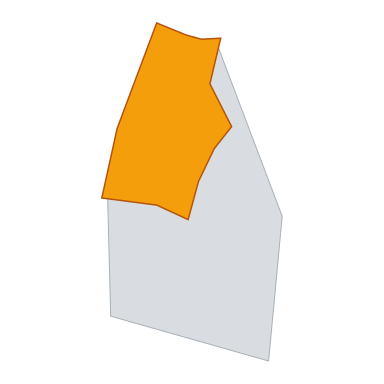 Montserrat, with Saint Peter highlighted
{"feature_id": "MSR-5089", "entity_name": "Saint Peter", "entity_type": "Parish", "adm_level": 1, "iso_a3": "MSR", "parent_name": "Montserrat", "parent_adm1": "", "projection": "orthographic", "projection_center": [-62.194, 16.779], "detail": "fine", "context": "in_parent", "style": "filled", "palette": "amber", "viewbox_px": 384, "rotation_deg": 0, "n_neighbors": 0, "source": "natural_earth", "source_scale": "10m", "svg_char_len": 427}
<svg xmlns="http://www.w3.org/2000/svg" viewBox="0 0 384 384"><path d="M282.2,216.3L268.6,361.0L110.7,316.2L107.4,188.8L181.7,59.6L218.1,46.9L282.2,216.3Z" fill="#d9dde1" stroke="#a8b0b8" stroke-width="1"/><path d="M101.8,198.0L117.2,128.3L156.7,23.0L186.1,35.0L201.4,39.2L220.7,38.2L209.9,83.8L231.6,126.6L214.2,148.7L198.5,181.4L188.1,219.6L156.7,205.1L101.8,198.0Z" fill="#f59e0b" stroke="#b45309" stroke-width="1.5"/></svg>